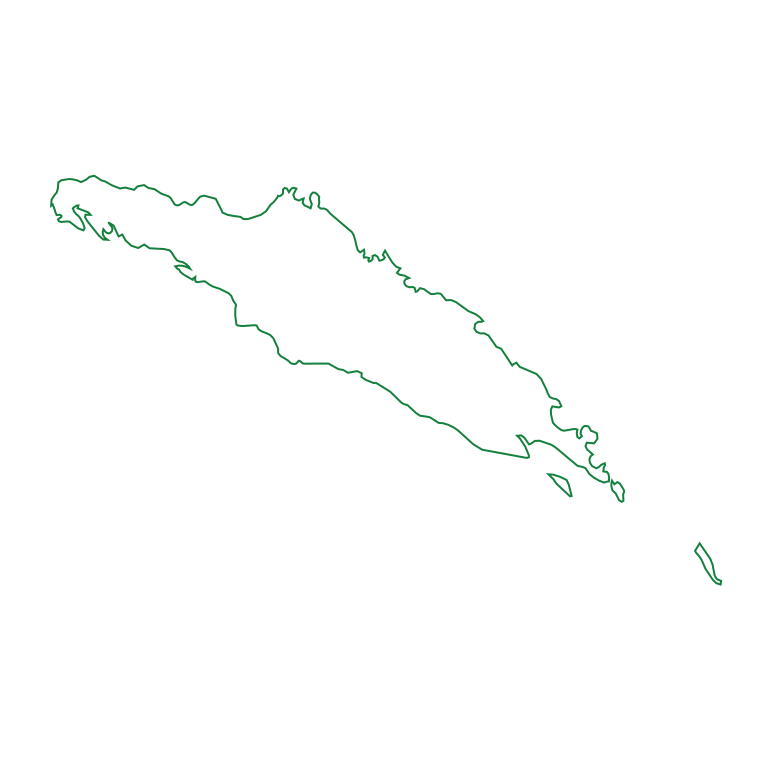 the Province of Nord, rotated 167°
{"feature_id": "NCL-559", "entity_name": "Nord", "entity_type": "Province", "adm_level": 1, "iso_a3": "NCL", "parent_name": "New Caledonia", "parent_adm1": "", "projection": "natural_earth1", "projection_center": [164.928, -20.615], "detail": "fine", "context": "isolated", "style": "outline", "palette": "green", "viewbox_px": 768, "rotation_deg": 167, "n_neighbors": 0, "source": "natural_earth", "source_scale": "10m", "svg_char_len": 5400}
<svg xmlns="http://www.w3.org/2000/svg" viewBox="0 0 768 768"><g transform="rotate(167 384 384)"><path d="M445.0,591.2L444.4,590.6L442.8,590.6L440.8,591.5L439.3,592.4L439.5,592.3L438.7,596.1L436.7,597.4L434.6,596.1L433.5,592.3L431.8,594.0L430.0,595.3L428.0,595.6L425.4,594.1L429.8,588.8L429.2,584.3L425.6,581.9L420.6,582.9L422.5,578.8L421.4,576.1L416.0,571.7L413.9,575.4L414.6,581.2L412.8,584.8L410.4,586.5L408.1,585.9L406.3,583.8L405.0,580.9L405.9,578.7L406.0,576.4L406.8,574.0L408.1,571.7L406.4,569.3L404.8,568.8L403.0,568.5L401.0,567.1L399.7,565.3L398.1,562.2L381.1,539.2L380.0,535.5L379.7,529.6L379.8,525.3L379.5,520.5L377.7,517.6L373.3,519.3L373.6,515.7L373.9,514.9L375.0,513.7L375.0,511.6L373.5,511.6L372.4,511.2L370.1,510.0L371.5,507.9L371.2,506.7L369.6,506.7L367.0,508.1L366.4,511.3L363.8,511.7L361.7,509.6L360.8,505.3L359.4,505.1L356.5,505.6L354.7,507.1L356.1,510.0L354.6,511.9L353.0,513.7L348.7,500.8L345.8,495.6L342.0,493.0L346.4,489.4L344.4,487.1L339.5,484.9L335.7,481.6L339.3,481.2L341.2,479.5L341.5,477.0L340.2,474.3L337.4,472.5L334.4,472.1L332.5,470.9L332.4,466.7L330.9,466.7L327.3,469.3L323.7,467.4L318.2,461.2L315.8,460.5L311.1,460.3L308.6,459.2L307.7,457.8L304.8,451.7L299.6,450.6L295.5,447.7L285.4,436.1L278.6,431.0L275.5,427.3L273.2,423.0L274.7,422.7L278.1,423.4L281.7,421.9L283.5,417.6L282.1,414.0L278.7,411.6L274.7,410.7L271.2,407.7L266.1,394.9L261.9,392.0L254.9,373.2L253.6,374.2L252.6,374.4L251.5,374.6L250.2,375.0L247.9,370.2L233.2,359.5L229.7,353.5L227.1,342.3L226.6,338.5L225.4,334.0L222.7,331.9L219.6,330.6L217.3,328.0L216.2,322.4L218.8,321.8L225.0,324.3L227.2,321.4L228.1,316.8L228.1,308.4L227.2,306.5L224.8,302.9L221.9,299.5L219.3,298.0L208.5,297.4L205.8,296.1L207.3,292.5L207.5,289.0L206.0,287.1L202.8,288.7L203.7,291.4L202.4,294.5L200.2,297.0L198.0,298.0L194.6,296.9L193.5,294.4L192.9,291.9L191.0,290.7L187.6,288.0L188.3,282.6L192.6,278.9L199.6,281.2L201.7,278.0L200.8,274.6L196.4,268.3L199.1,267.0L200.8,264.4L201.1,260.8L199.6,257.1L196.1,254.1L193.4,254.7L190.5,256.4L186.8,257.1L186.8,255.1L188.0,254.0L188.8,252.7L190.0,249.5L186.6,248.2L185.5,245.7L185.7,242.3L186.8,238.5L188.6,238.7L191.8,238.5L196.1,241.4L200.6,245.6L204.2,250.2L206.6,256.7L208.7,258.2L213.9,260.8L230.9,283.3L234.4,287.0L245.1,293.7L249.7,294.6L254.9,292.6L256.3,292.6L259.3,300.1L261.8,303.0L265.9,303.6L263.8,300.3L260.4,291.0L258.9,282.1L259.4,280.0L261.6,279.9L303.0,297.8L310.4,305.0L322.7,322.6L326.0,326.1L330.6,329.8L335.5,332.6L339.5,333.8L346.6,341.1L349.0,342.3L356.0,345.0L359.3,348.5L365.8,358.1L369.4,360.1L371.3,362.0L379.6,375.0L391.6,387.0L393.8,387.2L400.8,392.1L404.4,395.9L403.3,399.5L407.3,402.6L416.7,403.1L420.6,406.9L425.0,408.7L433.5,416.4L457.8,421.9L458.5,422.4L460.4,425.0L461.7,425.8L462.5,425.4L463.7,424.5L465.1,423.6L466.6,423.5L469.4,424.7L470.5,425.7L471.2,427.0L472.9,429.2L478.5,434.5L480.2,438.1L479.2,442.2L481.5,453.5L483.9,457.4L487.4,460.2L491.0,462.5L493.8,465.3L494.9,469.5L496.8,470.4L509.0,472.3L513.2,473.8L514.4,475.2L513.5,484.3L512.0,490.5L511.4,492.1L510.4,494.1L510.8,495.9L511.7,497.7L512.2,499.6L513.0,504.3L514.9,507.3L522.5,513.6L528.9,517.5L531.9,520.2L534.9,523.9L536.7,524.7L542.6,525.1L544.3,525.9L544.7,527.7L543.8,530.7L545.2,530.0L545.8,529.9L546.2,529.6L547.0,528.6L554.1,535.2L557.1,538.8L558.0,541.7L559.2,542.6L559.8,543.4L560.9,545.6L557.1,545.5L553.5,544.4L550.2,542.6L547.0,540.0L548.0,542.6L550.2,545.7L552.9,548.2L555.6,549.3L558.0,551.1L559.7,555.1L561.2,559.5L562.7,562.4L568.0,565.0L581.9,569.0L586.2,573.8L592.9,571.8L599.1,575.6L603.6,582.2L605.3,588.5L609.4,587.5L611.8,599.1L616.3,603.6L613.9,598.2L613.7,596.1L614.8,594.1L616.9,592.7L619.0,592.8L621.0,594.5L622.6,597.9L623.9,595.4L624.2,592.5L623.2,589.4L620.9,586.7L625.0,587.9L628.3,592.5L636.3,609.1L637.8,613.7L636.8,616.1L631.9,614.8L633.5,617.7L643.0,624.2L641.6,626.7L643.4,626.9L646.2,626.0L647.7,625.1L647.1,621.6L645.8,619.0L644.2,616.9L643.0,614.8L641.1,608.3L640.6,603.3L642.3,601.3L646.9,604.4L654.0,613.0L656.4,613.7L662.1,614.5L664.2,615.8L664.7,617.6L663.1,618.5L661.1,619.1L660.4,620.3L661.4,621.5L662.9,622.0L665.0,622.3L665.5,625.2L665.9,630.3L666.5,633.5L668.2,632.6L666.4,638.5L662.8,642.0L659.9,644.1L657.7,648.1L656.0,653.7L652.4,655.1L644.8,654.6L640.7,653.2L637.1,651.4L634.0,649.0L631.4,649.3L627.5,650.4L624.4,652.1L619.5,652.1L617.1,649.7L613.6,646.0L610.1,644.1L607.7,641.8L604.4,638.8L597.2,633.9L591.9,633.6L583.8,629.4L579.7,632.0L573.0,631.8L569.5,628.0L563.8,625.5L559.0,620.4L557.5,619.1L551.7,615.4L550.4,613.8L549.7,612.2L547.7,606.4L546.9,605.4L545.3,604.6L543.3,604.4L538.8,606.1L537.0,606.1L535.3,604.8L533.9,603.3L532.3,602.1L530.5,601.6L527.8,602.9L522.4,607.0L520.8,607.9L518.3,607.9L516.5,607.8L506.3,602.3L503.3,590.2L502.8,587.3L498.3,584.0L493.6,581.9L486.2,579.1L483.8,576.3L479.5,575.3L466.0,576.5L460.1,578.8L454.2,584.2L450.5,586.1L446.1,589.6L445.0,591.2ZM115.3,144.6L117.9,149.5L118.4,151.5L112.3,157.7L105.4,140.2L104.5,134.2L104.9,123.0L103.6,119.0L99.8,116.3L101.2,112.9L104.9,115.1L107.6,119.1L112.4,131.9L114.0,140.7L115.3,144.6ZM240.5,253.4L244.1,259.0L239.7,257.7L233.1,253.8L227.7,249.4L226.6,244.5L226.4,232.7L228.0,232.7L238.3,248.0L240.5,253.4ZM185.2,228.8L185.5,231.5L185.3,234.0L184.7,236.3L183.6,238.5L182.1,234.5L178.6,235.9L176.5,233.8L174.2,227.1L174.2,225.0L175.8,222.8L177.0,216.3L178.9,215.7L181.1,218.0L182.9,225.4L185.2,228.8Z" fill="none" stroke="#15803d" stroke-width="2"/></g></svg>